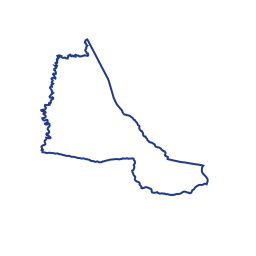 Mansidão, Bahia, Brazil, rotated 117°
{"feature_id": "56859067B73862657057037", "entity_name": "Mansidão", "entity_type": "district", "adm_level": 2, "iso_a3": "BRA", "parent_name": "Brazil", "parent_adm1": "Bahia", "projection": "natural_earth1", "projection_center": [-44.116, -11.041], "detail": "fine", "context": "isolated", "style": "outline", "palette": "blue", "viewbox_px": 256, "rotation_deg": 117, "n_neighbors": 0, "source": "geoboundaries", "source_scale": "gbopen_adm2", "svg_char_len": 5959}
<svg xmlns="http://www.w3.org/2000/svg" viewBox="0 0 256 256"><g transform="rotate(117 128 128)"><path d="M127.4,43.8L127.8,46.0L128.2,46.8L128.5,48.3L129.3,50.3L130.4,53.7L131.5,57.1L132.5,60.5L134.4,65.8L136.5,73.6L137.1,76.1L137.5,77.5L137.7,78.6L137.1,78.9L136.2,79.0L135.7,79.4L135.8,80.9L135.7,81.6L135.8,82.2L135.3,82.8L133.2,83.2L132.3,84.4L132.4,85.4L132.3,87.2L132.1,88.0L131.4,89.6L131.3,90.7L131.4,92.0L131.7,92.8L132.0,94.6L131.7,95.5L131.1,96.3L130.6,96.7L130.4,97.4L130.5,98.3L130.2,100.1L130.6,100.7L130.5,101.3L130.8,102.8L130.3,103.6L130.1,105.0L129.2,105.8L128.7,106.9L128.4,108.0L127.7,108.4L127.9,109.3L128.0,110.3L127.6,111.0L127.3,111.5L126.7,111.6L125.6,112.5L124.9,113.8L124.5,114.2L124.7,114.8L124.6,115.5L124.2,116.5L123.3,117.7L122.6,118.1L121.8,118.4L121.2,118.7L120.9,119.5L120.8,120.4L119.1,122.7L118.9,123.6L118.4,124.6L117.8,125.6L118.0,126.6L117.1,128.1L116.8,129.0L116.8,129.9L116.4,131.6L116.6,133.4L117.2,135.2L117.1,136.0L117.4,136.6L117.6,137.6L117.3,138.5L116.4,140.1L115.3,141.0L113.3,145.8L112.1,148.5L108.3,153.7L107.3,154.8L105.4,156.5L97.0,164.4L94.5,166.8L93.5,167.9L67.9,203.9L67.6,204.6L68.5,205.3L69.3,205.6L70.1,205.4L70.7,205.5L71.3,205.3L71.4,204.5L71.9,204.3L72.1,203.6L72.6,202.9L73.1,202.3L73.2,201.6L73.8,201.9L74.5,201.9L75.1,201.9L75.6,201.4L76.3,201.3L78.0,201.5L78.7,200.8L79.3,199.5L80.0,198.8L80.0,198.1L79.9,197.4L80.3,197.0L80.9,196.8L81.5,196.4L82.0,196.8L82.3,197.3L82.4,198.3L82.9,199.1L83.0,200.0L83.8,200.3L84.3,201.2L85.1,201.7L85.3,202.3L86.1,203.2L86.0,203.8L86.3,204.3L86.0,205.1L86.4,205.6L86.6,206.7L86.5,207.9L87.1,208.2L87.4,207.6L88.2,207.2L88.2,207.9L88.8,208.7L88.6,210.0L89.0,211.2L89.7,210.9L89.8,211.7L89.5,212.3L89.0,213.0L91.1,214.1L91.6,213.5L92.2,213.5L92.8,213.8L93.5,213.4L94.1,215.0L94.1,215.6L93.8,216.1L94.7,217.2L95.1,218.1L95.0,219.1L95.0,220.5L94.2,220.3L94.4,221.9L94.8,222.8L95.5,223.0L95.9,223.6L96.5,222.9L96.1,222.2L96.7,221.6L97.7,221.8L98.5,222.6L99.3,222.5L99.5,221.8L100.0,221.5L100.7,221.8L101.2,221.6L101.6,220.9L102.2,220.8L102.5,221.5L103.1,222.0L103.5,221.2L104.4,220.4L104.8,219.4L105.4,219.4L105.8,221.2L106.4,219.8L107.2,219.3L107.9,219.7L108.3,220.2L108.8,220.5L109.7,220.4L109.9,219.1L110.8,218.0L111.8,217.1L112.7,217.0L113.4,219.1L114.2,219.1L115.0,217.4L115.3,216.9L116.0,216.3L116.3,215.3L116.9,215.2L116.9,216.8L117.7,218.2L118.7,218.6L119.3,218.0L119.4,217.2L119.9,216.5L122.0,216.7L122.4,216.2L122.5,215.7L122.5,214.8L123.4,215.0L123.9,215.6L124.4,215.8L125.7,214.6L125.9,215.3L126.4,215.8L127.0,215.9L127.6,215.6L128.0,215.1L129.6,212.2L130.3,212.3L130.8,211.7L130.8,210.6L132.4,211.3L132.9,211.7L133.7,211.8L134.7,212.1L135.7,212.1L136.3,211.3L136.1,210.6L135.6,209.9L134.9,209.4L135.1,208.3L135.8,208.0L136.7,208.3L137.5,208.9L138.9,209.1L139.5,209.0L140.2,208.3L141.1,208.4L141.3,208.9L141.5,209.6L142.2,209.5L142.6,209.1L142.9,208.5L143.3,208.9L144.2,210.2L144.5,210.8L144.6,211.4L145.0,212.3L145.8,212.2L146.4,212.0L147.3,210.2L148.0,210.1L148.7,210.3L149.4,210.7L149.9,211.3L150.3,212.1L151.0,213.0L151.6,213.4L152.0,212.9L151.9,212.2L151.2,209.9L151.0,209.1L151.7,208.4L152.4,208.9L152.7,209.4L153.2,209.8L153.9,209.7L154.3,207.3L155.5,206.4L156.4,206.6L156.9,207.1L157.4,207.9L158.2,208.8L158.8,208.2L159.2,207.6L159.5,206.8L159.2,205.8L157.5,204.1L157.5,203.4L158.3,202.7L159.6,202.6L160.3,202.8L161.7,204.0L162.2,203.7L162.2,202.9L161.9,202.0L161.4,201.4L160.5,201.5L159.8,201.1L160.1,199.9L161.3,198.9L162.1,198.8L164.3,199.4L165.5,199.1L166.4,197.3L166.9,196.7L167.4,196.4L168.7,196.4L169.1,196.9L169.3,197.5L169.7,198.0L170.6,197.9L171.2,197.2L170.8,196.1L171.2,194.6L171.6,194.0L171.5,193.1L171.9,192.6L172.6,192.9L173.2,194.3L173.2,195.6L173.7,196.4L174.2,195.7L174.8,195.7L177.1,196.4L177.8,196.2L178.4,195.8L179.2,194.8L179.8,194.3L180.6,194.5L181.2,194.8L181.7,195.7L183.0,196.5L183.7,196.7L184.4,196.3L184.8,195.7L185.2,195.1L185.7,195.2L186.6,195.0L186.2,194.5L186.2,193.9L186.9,194.0L188.4,193.4L188.2,192.5L187.9,192.0L187.6,191.4L187.5,190.3L187.3,189.2L185.5,186.4L185.0,184.4L184.4,183.4L184.1,182.5L184.1,181.7L182.8,179.5L182.5,178.6L182.6,177.7L181.9,176.0L181.6,173.5L181.1,172.5L181.1,171.6L180.9,170.6L180.2,168.8L179.5,167.9L179.4,166.0L179.2,165.2L178.4,163.3L178.1,162.6L177.5,159.4L176.7,157.3L176.4,155.7L175.7,154.6L175.3,153.8L175.0,152.6L174.9,151.4L174.4,150.4L174.3,149.4L173.8,147.7L174.1,146.6L174.1,145.8L173.2,143.8L173.1,142.2L172.8,141.4L171.8,140.4L171.6,139.5L171.7,138.4L170.9,136.7L170.5,136.1L169.2,135.3L168.8,134.5L166.8,132.5L166.1,131.5L164.9,130.2L163.6,128.5L163.0,127.4L161.2,124.7L160.4,123.0L160.1,122.0L159.7,121.2L158.0,119.1L157.4,118.9L157.2,118.0L156.8,117.3L156.5,116.5L155.6,115.3L155.1,113.7L154.5,112.5L152.8,109.8L152.8,109.2L154.0,108.1L154.5,106.8L156.2,105.8L158.4,106.1L159.1,105.2L159.9,104.6L160.7,104.3L162.2,104.2L162.9,104.1L163.5,104.5L164.0,104.9L165.1,104.2L165.8,103.2L167.0,102.0L167.5,101.3L168.1,99.6L168.8,99.1L170.3,98.9L171.1,98.2L171.4,97.4L171.5,96.7L171.7,95.9L171.4,93.9L171.6,92.9L172.2,92.4L173.1,92.0L173.5,91.2L173.9,90.0L174.2,89.4L175.4,88.8L175.3,88.0L174.0,86.5L173.1,85.8L172.5,85.1L172.3,84.4L172.0,82.5L172.1,81.9L172.0,81.0L171.8,80.3L172.1,79.3L172.8,78.6L174.1,77.9L174.4,77.3L174.4,76.7L174.1,75.9L173.3,74.4L172.7,73.6L172.2,73.2L171.9,72.6L172.3,71.9L172.1,70.9L172.1,69.9L170.7,68.0L170.6,67.2L169.8,65.5L170.0,64.7L169.7,63.8L169.2,63.3L169.0,62.7L168.5,60.4L168.2,59.3L167.3,57.7L166.7,57.0L166.3,56.2L165.1,55.2L164.3,53.7L162.7,51.6L161.8,50.8L160.5,50.3L159.5,49.5L159.0,48.8L158.7,47.9L158.6,46.0L158.3,45.4L158.1,44.6L158.2,44.0L158.1,43.4L157.7,42.8L157.1,42.4L156.0,42.3L154.2,42.4L152.7,41.4L150.6,41.2L149.0,40.5L146.8,39.1L146.1,38.3L145.3,36.4L144.9,35.9L144.0,35.2L143.2,34.8L142.8,34.4L142.5,33.5L142.4,32.4L139.2,32.9L137.9,33.6L137.4,34.0L136.7,35.2L135.9,36.6L134.6,40.5L134.1,41.3L133.6,42.0L133.0,42.5L132.1,43.1L129.7,44.0L128.4,44.0L127.4,43.8Z" fill="none" stroke="#1e3a8a" stroke-width="2"/></g></svg>